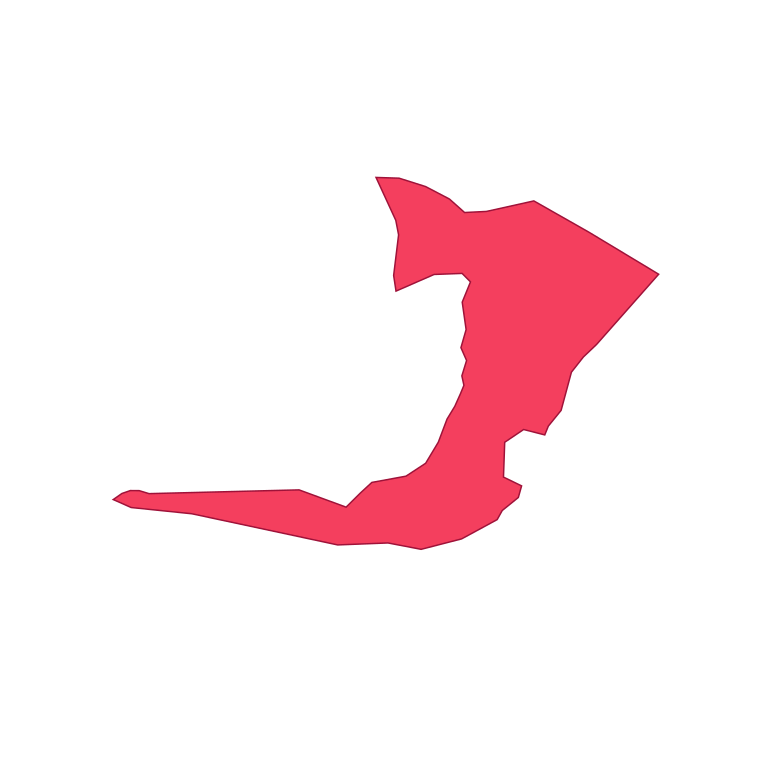 map outline of West Grand Bahama (orthographic projection), rotated 326°
{"feature_id": "BHS-5011", "entity_name": "West Grand Bahama", "entity_type": "District", "adm_level": 1, "iso_a3": "BHS", "parent_name": "The Bahamas", "parent_adm1": "", "projection": "orthographic", "projection_center": [-78.67, 26.651], "detail": "fine", "context": "isolated", "style": "filled", "palette": "rose", "viewbox_px": 768, "rotation_deg": 326, "n_neighbors": 0, "source": "natural_earth", "source_scale": "10m", "svg_char_len": 854}
<svg xmlns="http://www.w3.org/2000/svg" viewBox="0 0 768 768"><g transform="rotate(326 384 384)"><path d="M673.1,446.6L582.2,470.1L564.4,473.1L546.0,479.0L516.1,504.9L496.7,510.8L488.8,516.1L474.3,499.8L451.5,499.8L431.0,528.0L441.1,545.4L431.9,553.2L411.3,555.0L402.0,559.7L361.7,555.8L322.3,541.8L298.4,518.0L255.6,491.5L152.2,384.2L105.3,345.0L94.9,328.4L105.5,328.2L114.1,330.5L121.4,335.5L127.9,343.5L254.4,424.3L283.7,464.9L303.3,461.2L318.9,458.8L350.7,472.7L374.2,473.0L396.5,462.6L416.7,448.3L430.2,442.1L441.8,434.9L449.5,429.8L453.1,420.8L465.6,410.7L468.1,396.9L482.5,384.8L494.6,359.9L512.8,347.7L510.6,336.0L486.8,321.2L445.9,313.7L452.7,299.4L479.5,268.5L485.3,254.9L492.9,208.3L511.6,221.8L528.9,243.6L541.7,267.3L546.7,286.9L565.4,298.2L610.6,316.0L638.8,372.8L673.1,446.6Z" fill="#f43f5e" stroke="#9f1239" stroke-width="1.5"/></g></svg>